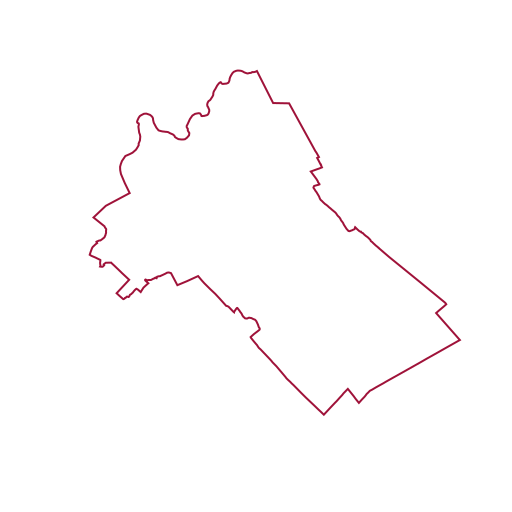 Curtisoara, Olt, Romania (orthographic projection), rotated 63°
{"feature_id": "2599482B14580718178390", "entity_name": "Curtisoara", "entity_type": "district", "adm_level": 2, "iso_a3": "ROU", "parent_name": "Romania", "parent_adm1": "Olt", "projection": "orthographic", "projection_center": [24.348, 44.485], "detail": "fine", "context": "isolated", "style": "outline", "palette": "rose", "viewbox_px": 512, "rotation_deg": 63, "n_neighbors": 0, "source": "geoboundaries", "source_scale": "gbopen_adm2", "svg_char_len": 6054}
<svg xmlns="http://www.w3.org/2000/svg" viewBox="0 0 512 512"><g transform="rotate(63 256 256)"><path d="M170.9,391.8L171.7,391.7L172.4,391.7L172.7,393.5L173.8,397.3L174.3,398.2L175.6,399.7L177.5,401.7L179.4,403.6L181.1,402.6L184.8,399.5L185.4,399.1L188.8,396.5L189.8,396.9L190.6,397.6L191.7,398.2L192.7,398.6L193.6,398.8L194.2,399.2L194.6,399.7L195.3,398.8L195.9,397.6L195.8,396.9L195.3,395.5L194.3,395.5L193.8,392.9L196.2,388.0L196.6,388.0L200.1,386.7L209.3,383.5L209.7,383.4L219.6,379.8L225.9,397.1L229.4,395.8L234.1,393.9L234.3,393.6L234.3,392.8L234.2,392.3L233.9,391.8L234.1,391.2L233.8,390.5L233.7,389.9L233.6,389.3L234.6,388.3L234.7,388.1L234.5,387.5L234.3,387.2L234.1,386.8L233.7,386.4L233.4,386.0L233.3,385.5L233.3,384.5L232.9,383.3L232.6,382.1L232.2,381.5L231.4,379.6L230.9,377.8L230.9,377.4L232.1,376.6L232.5,376.4L235.8,375.1L234.8,373.5L234.1,372.3L233.1,370.6L232.2,367.4L231.9,366.2L231.7,365.5L231.4,364.3L229.8,364.9L228.4,365.5L227.4,365.8L227.0,365.7L226.9,365.6L226.8,365.3L226.8,365.1L227.0,364.9L227.7,364.5L228.4,363.8L228.4,363.3L228.7,362.4L229.2,361.5L229.7,360.4L229.6,358.0L229.8,357.3L229.7,357.1L229.6,356.2L229.6,355.3L229.7,355.1L230.1,355.0L230.5,355.0L230.6,354.9L230.7,354.7L230.4,354.4L230.1,354.2L229.8,354.0L229.6,353.6L229.6,353.4L229.7,353.2L229.8,352.2L230.2,351.2L230.5,350.3L230.4,349.9L230.5,348.2L230.6,344.7L230.5,342.8L231.0,341.4L231.1,341.2L231.5,340.7L232.7,339.5L246.3,339.3L247.1,328.8L247.6,316.7L253.2,315.4L256.9,314.4L264.8,311.8L271.2,309.5L277.5,307.7L286.9,305.2L287.6,304.3L288.7,303.5L295.6,301.4L296.2,301.1L295.8,300.8L294.1,297.7L293.7,296.7L293.7,296.4L293.9,296.2L297.6,295.5L299.0,295.4L299.5,295.2L301.3,295.0L302.9,295.1L303.9,294.9L304.3,294.9L304.8,294.7L305.2,294.5L305.5,294.3L306.0,294.3L306.5,294.1L306.9,293.6L307.6,292.5L307.7,291.9L307.7,291.5L307.7,290.7L307.8,290.2L308.4,289.4L308.8,288.9L309.2,288.3L309.9,287.8L310.9,287.1L312.2,285.9L312.6,285.7L314.2,285.3L317.3,285.4L317.9,285.4L320.5,285.8L321.0,285.8L321.8,285.6L322.5,285.7L323.0,286.0L323.3,286.4L323.7,288.2L324.6,293.2L325.7,297.3L325.8,297.6L326.8,297.6L331.1,296.7L334.9,295.8L335.5,295.6L338.4,295.3L339.4,295.1L341.1,294.4L354.8,290.3L357.2,289.7L358.0,289.6L363.4,287.9L377.0,284.7L377.6,284.6L378.8,284.4L380.9,283.7L383.8,282.6L385.6,282.1L388.0,281.2L398.5,277.9L404.9,275.8L415.3,272.1L421.4,270.0L424.1,269.0L428.2,267.6L424.8,258.3L422.6,252.1L422.0,250.2L420.4,246.1L419.0,242.3L418.1,240.4L417.6,238.9L416.1,234.5L425.2,232.6L428.4,232.1L433.6,231.0L432.1,227.2L430.7,223.2L430.0,221.6L429.2,220.1L428.6,218.0L427.8,215.8L427.8,214.8L427.8,213.3L427.5,208.7L427.3,203.4L427.2,200.3L427.0,197.4L425.4,158.1L425.0,150.6L423.4,112.5L388.6,121.4L387.7,117.9L386.1,111.0L385.4,108.4L384.3,108.5L383.0,108.9L353.7,121.7L317.6,137.7L304.5,143.1L304.4,143.0L300.6,144.7L299.9,144.9L298.4,145.5L296.2,146.2L295.1,146.8L294.7,146.9L293.5,146.8L291.0,147.6L289.9,148.0L288.0,149.0L286.1,149.8L285.2,150.1L284.3,150.3L282.7,151.5L282.0,151.4L281.4,152.2L281.0,152.5L280.6,152.7L278.6,153.5L275.3,154.6L275.5,154.9L276.5,155.5L276.7,155.8L276.7,156.0L276.8,156.6L276.7,157.4L276.7,157.9L276.7,158.9L276.5,160.0L276.4,161.3L275.9,162.0L275.6,162.3L274.7,162.5L273.0,163.0L268.1,163.5L267.1,163.5L266.5,163.4L265.5,163.5L263.8,163.8L263.1,164.0L261.7,164.0L261.3,164.0L261.0,163.9L260.0,164.1L259.2,164.2L258.0,164.7L256.3,165.1L255.0,165.2L253.4,165.5L248.8,167.5L247.7,167.9L245.7,168.8L243.7,169.5L241.8,170.4L241.2,170.8L240.1,171.2L238.8,171.7L236.8,172.3L235.7,172.8L235.2,172.9L234.8,173.0L233.5,173.0L231.8,172.8L231.3,172.8L228.3,173.0L226.7,173.1L224.5,173.5L223.6,173.5L221.5,173.8L221.0,173.7L220.1,172.6L220.0,172.3L220.1,171.9L220.3,170.8L220.4,170.2L220.9,168.1L221.0,166.9L220.8,166.8L218.4,167.2L218.2,167.2L217.5,167.0L214.9,167.2L207.2,168.5L205.6,168.8L206.4,162.3L206.7,160.3L207.0,157.0L204.2,156.9L204.2,156.7L203.8,156.7L203.8,156.9L202.0,156.9L199.7,156.9L196.4,157.0L196.4,155.0L192.0,155.2L190.8,155.3L189.5,155.5L135.0,157.2L127.5,171.3L91.6,171.2L91.6,172.8L91.3,174.0L91.0,174.8L90.5,175.7L90.4,176.2L90.6,176.7L90.4,177.7L90.0,178.7L89.6,180.5L88.9,181.4L87.2,183.0L85.3,184.2L84.1,185.4L83.2,186.8L82.5,188.0L82.0,189.6L81.9,190.9L81.8,192.1L82.3,193.8L83.6,196.0L84.9,197.8L86.3,199.2L87.1,199.6L88.2,200.7L88.6,201.2L89.1,202.0L89.0,203.9L88.3,205.7L87.6,207.5L87.1,208.0L86.3,208.4L85.2,208.5L85.0,208.8L85.1,209.5L85.2,210.3L85.6,211.3L86.5,213.2L88.8,216.5L89.7,218.1L90.7,219.4L92.1,220.5L93.0,220.9L94.1,222.3L96.1,225.8L96.3,226.5L96.5,228.0L97.3,229.3L98.3,230.3L99.2,230.9L100.8,231.3L101.3,231.1L102.2,231.1L103.0,231.3L104.1,231.2L105.6,231.8L107.2,233.3L107.8,234.1L108.2,235.1L108.2,235.9L108.0,236.9L107.6,238.7L107.1,239.8L106.9,240.5L106.5,241.0L105.5,240.9L104.4,241.0L103.5,241.2L102.8,242.1L102.2,243.9L101.7,245.8L102.0,248.9L102.4,249.7L104.0,252.7L107.9,257.6L108.3,258.3L108.8,258.8L109.2,259.0L109.7,259.2L110.2,259.3L111.5,259.0L113.3,259.8L113.8,259.8L116.2,259.6L118.1,260.9L119.3,263.9L119.7,266.3L119.1,268.0L118.1,269.9L116.6,272.1L114.5,273.5L113.1,274.2L111.7,274.1L109.9,274.9L107.4,277.0L105.9,277.9L105.0,279.0L104.1,280.5L103.5,281.3L102.6,282.7L101.2,284.4L99.8,285.8L96.4,286.5L90.9,286.6L88.0,285.9L86.9,285.4L85.6,285.2L83.8,285.6L82.1,286.4L79.5,288.9L78.8,290.3L78.4,291.4L78.4,294.2L78.6,296.0L79.5,297.7L81.3,300.0L82.5,301.1L83.1,301.2L83.7,301.1L84.2,300.6L84.7,300.3L85.7,300.7L87.4,302.1L93.1,304.1L95.1,304.3L97.1,304.9L100.4,307.0L102.6,309.6L104.0,310.2L105.4,312.3L106.8,314.7L107.9,319.1L107.9,322.2L107.6,327.0L110.5,332.3L112.8,334.8L114.8,336.6L117.8,338.0L121.6,339.1L131.4,339.8L142.6,340.0L143.1,367.0L147.9,383.3L160.1,377.8L160.8,377.5L161.9,377.6L162.7,377.5L163.4,377.3L164.0,377.3L164.5,377.5L165.6,378.3L167.0,378.9L167.7,379.4L168.1,379.9L169.0,380.6L169.3,381.0L169.7,381.6L170.2,382.0L170.5,382.7L170.8,383.3L170.8,383.8L170.9,384.2L171.1,384.9L171.5,387.6L171.2,388.2L171.1,388.4L171.0,388.7L171.0,389.0L170.9,390.7L170.9,391.3L170.8,391.5L170.9,391.8Z" fill="none" stroke="#9f1239" stroke-width="2"/></g></svg>